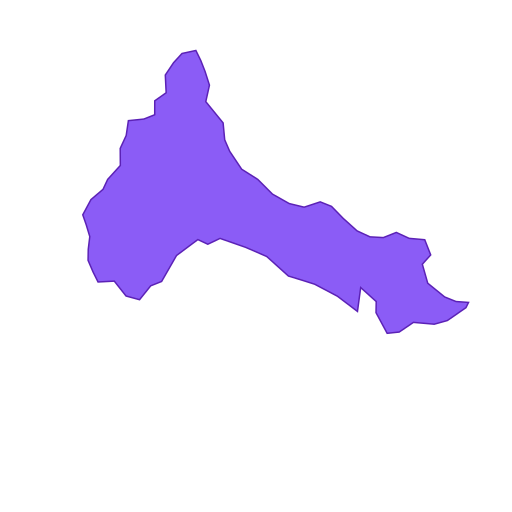 Palaiometocho, Nicosia, Cyprus (Albers equal-area conic projection), rotated 42°
{"feature_id": "46923920B18334811709617", "entity_name": "Palaiometocho", "entity_type": "district", "adm_level": 2, "iso_a3": "CYP", "parent_name": "Cyprus", "parent_adm1": "Nicosia", "projection": "albers", "projection_center": [33.213, 35.123], "detail": "fine", "context": "isolated", "style": "filled", "palette": "violet", "viewbox_px": 512, "rotation_deg": 42, "n_neighbors": 0, "source": "geoboundaries", "source_scale": "gbopen_adm2", "svg_char_len": 1075}
<svg xmlns="http://www.w3.org/2000/svg" viewBox="0 0 512 512"><g transform="rotate(42 256 256)"><path d="M445.0,148.3L435.1,156.0L423.6,160.2L401.8,161.3L385.1,150.8L385.1,138.3L370.5,131.0L358.0,140.4L344.5,144.6L338.3,157.1L327.9,165.5L314.3,169.7L295.6,169.7L278.9,168.6L267.5,172.8L259.1,187.5L245.6,194.8L226.8,199.0L206.0,197.9L187.3,201.1L166.4,195.8L155.0,190.6L142.5,179.1L115.4,174.9L107.1,160.2L94.6,152.9L84.2,147.7L73.8,143.5L65.5,155.0L65.4,167.5L67.5,182.2L80.0,194.8L76.9,208.4L86.2,218.8L81.0,229.3L76.4,234.4L70.6,240.8L78.9,253.3L83.1,266.9L94.6,279.5L94.5,298.3L97.7,308.8L95.6,324.5L99.7,341.3L109.1,346.5L119.5,352.8L126.8,363.2L134.1,371.6L145.6,376.9L156.0,381.0L167.5,369.5L186.2,372.7L198.7,366.4L197.7,348.6L202.9,338.1L196.6,308.8L201.8,282.7L212.3,279.5L217.5,267.0L242.5,256.5L264.3,249.2L278.9,249.2L293.5,249.2L307.0,242.9L318.5,237.7L343.5,231.4L368.5,229.3L354.9,209.4L375.8,209.4L383.1,217.8L405.2,225.7L413.3,216.7L417.4,200.0L434.1,187.4L441.4,175.9L446.6,153.9L445.0,148.3Z" fill="#8b5cf6" stroke="#5b21b6" stroke-width="1.5"/></g></svg>